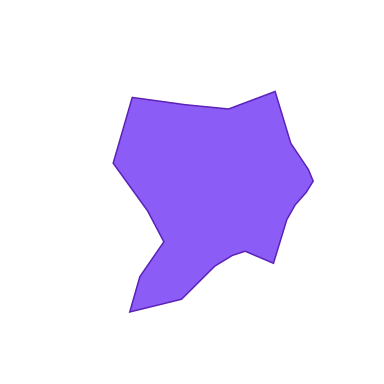 the Municipality of Mersraga, rotated 43°
{"feature_id": "LVA-5723", "entity_name": "Mersraga", "entity_type": "Municipality", "adm_level": 1, "iso_a3": "LVA", "parent_name": "Latvia", "parent_adm1": "", "projection": "mercator", "projection_center": [23.071, 57.316], "detail": "fine", "context": "isolated", "style": "filled", "palette": "violet", "viewbox_px": 384, "rotation_deg": 43, "n_neighbors": 0, "source": "natural_earth", "source_scale": "10m", "svg_char_len": 417}
<svg xmlns="http://www.w3.org/2000/svg" viewBox="0 0 384 384"><g transform="rotate(43 192 192)"><path d="M184.2,61.8L231.0,89.0L261.8,96.2L273.2,101.4L275.8,114.5L276.2,131.0L280.2,147.6L300.2,188.6L271.2,199.1L264.7,211.0L259.2,230.7L257.5,277.5L228.3,322.2L211.6,289.5L205.4,247.6L172.4,236.1L114.7,224.7L83.8,163.6L127.1,133.1L162.1,106.4L184.2,61.8Z" fill="#8b5cf6" stroke="#5b21b6" stroke-width="1.5"/></g></svg>